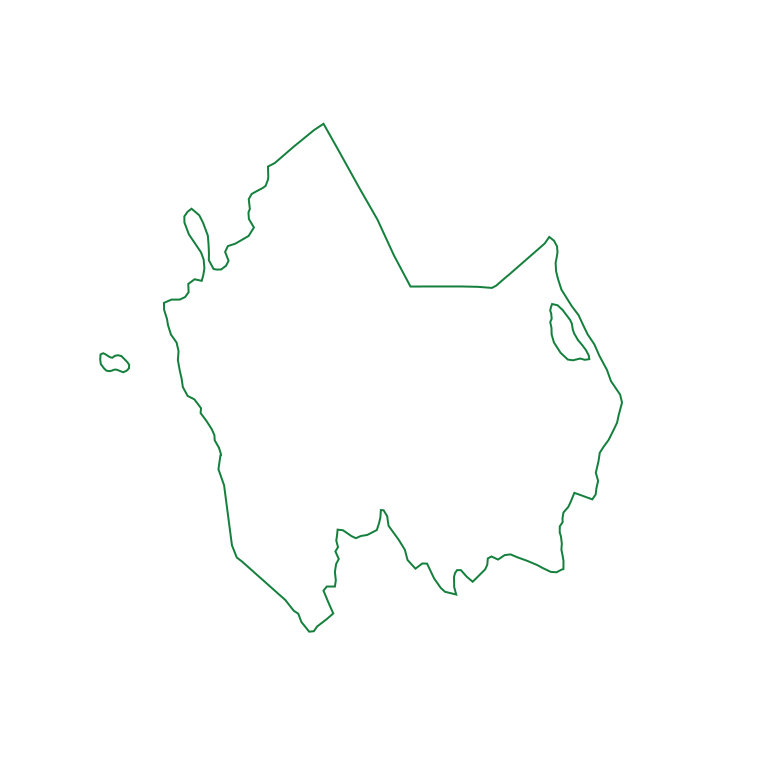 Krokom, Jämtland, Sweden, rotated 53°
{"feature_id": "70781695B96181238671333", "entity_name": "Krokom", "entity_type": "district", "adm_level": 2, "iso_a3": "SWE", "parent_name": "Sweden", "parent_adm1": "Jämtland", "projection": "robinson", "projection_center": [14.211, 63.788], "detail": "fine", "context": "isolated", "style": "outline", "palette": "green", "viewbox_px": 768, "rotation_deg": 53, "n_neighbors": 0, "source": "geoboundaries", "source_scale": "gbopen_adm2", "svg_char_len": 3299}
<svg xmlns="http://www.w3.org/2000/svg" viewBox="0 0 768 768"><g transform="rotate(53 384 384)"><path d="M366.0,163.5L368.5,171.1L371.9,218.0L372.1,222.3L372.6,230.1L373.0,235.1L372.2,240.0L363.1,250.3L352.9,263.2L336.9,284.4L322.1,304.2L287.5,298.7L248.8,290.3L213.9,285.9L169.8,279.7L139.8,275.7L139.1,287.1L140.1,313.0L141.8,338.3L140.5,345.8L149.0,351.8L150.9,353.6L154.5,359.3L154.5,362.6L153.2,370.8L152.6,375.4L155.0,380.8L163.5,385.8L165.4,389.0L170.9,392.6L180.7,393.7L184.3,403.0L182.4,418.5L179.9,425.7L182.9,431.4L192.1,434.0L194.5,439.0L194.5,445.1L192.0,448.7L189.6,450.9L179.7,449.4L174.2,445.1L166.9,440.1L159.5,435.4L146.1,431.4L138.1,430.0L128.2,432.2L128.2,437.2L130.0,442.6L134.9,446.2L147.2,449.8L161.3,450.5L168.7,450.9L176.0,453.1L183.4,457.7L188.3,462.8L191.9,467.5L186.4,472.2L186.3,480.1L193.1,484.8L194.9,490.6L193.6,496.4L188.7,502.9L186.8,510.9L192.3,514.9L201.5,518.2L207.0,521.1L216.3,524.4L226.1,524.7L234.1,528.3L237.2,531.0L240.8,534.2L250.1,538.9L258.1,542.5L265.4,546.5L275.3,548.0L282.1,544.7L293.2,544.7L296.9,548.0L306.1,548.0L316.0,548.7L322.7,550.2L327.1,553.1L335.7,554.2L341.8,556.4L342.8,557.1L342.6,557.6L352.4,567.5L368.7,572.7L421.3,602.5L433.9,606.0L440.5,604.2L497.7,592.7L497.9,592.8L507.4,592.6L510.9,592.5L515.8,590.7L524.4,593.2L536.8,592.8L539.2,588.8L537.4,583.3L537.3,571.3L536.7,562.6L525.5,560.0L512.6,556.7L511.3,551.6L516.2,545.1L511.9,540.7L504.5,536.3L498.9,530.5L496.5,525.4L488.5,523.6L486.6,518.9L480.4,516.4L476.7,512.7L472.4,508.7L476.1,504.8L485.9,501.5L490.2,499.3L491.5,493.9L494.5,488.1L496.3,477.6L492.0,471.5L488.3,467.1L482.8,462.4L484.6,460.3L491.4,461.0L500.0,465.7L517.2,466.0L528.9,467.1L538.7,471.1L550.4,470.0L550.4,461.4L553.4,457.7L562.1,459.5L569.4,461.0L581.1,461.4L586.7,460.3L595.6,453.0L594.5,452.6L588.5,450.2L580.2,444.2L577.8,441.1L576.6,437.7L578.9,434.6L587.7,433.9L595.3,432.2L594.1,423.3L592.9,414.7L590.5,410.3L585.8,406.1L586.4,402.0L592.8,398.6L593.3,390.6L596.2,385.5L602.6,381.8L611.5,376.0L620.8,370.6L626.3,368.1L634.4,363.9L638.2,359.5L639.1,354.0L639.8,352.1L633.3,347.1L627.5,344.1L623.0,342.0L618.6,338.1L612.2,334.4L608.3,333.0L603.5,329.3L601.8,324.4L598.7,322.3L594.6,318.0L593.1,310.8L590.4,305.7L585.5,297.5L591.4,293.6L601.5,287.1L599.6,281.4L595.1,277.1L590.2,271.3L582.3,268.2L574.8,259.2L568.8,253.1L566.2,246.2L563.9,238.4L560.1,230.7L555.2,221.2L550.0,215.2L542.1,205.1L534.6,201.8L518.2,201.0L507.1,197.5L491.0,195.0L479.1,192.2L478.3,192.1L466.8,191.5L456.4,189.4L446.3,187.2L434.8,187.2L415.4,185.5L405.0,181.9L397.5,178.7L390.5,174.0L386.0,169.0L383.0,166.0L378.2,163.0L371.9,162.0L366.0,163.5ZM465.5,202.7L471.3,202.3L478.4,202.3L484.4,203.3L487.7,205.1L485.5,209.1L481.8,211.9L479.9,216.2L478.8,218.8L475.1,222.5L465.4,224.2L453.1,223.3L445.3,220.3L440.0,216.5L434.6,214.0L432.8,210.8L428.2,208.0L425.4,207.1L423.0,204.3L421.3,201.6L425.6,198.0L432.5,196.8L444.7,196.8L448.7,197.6L454.2,200.5L458.0,201.7L465.4,202.6L465.5,202.7ZM193.9,596.1L196.4,597.4L197.6,598.2L203.0,598.2L206.2,597.7L208.5,595.6L209.6,593.2L210.1,591.0L211.3,589.2L213.6,587.7L217.7,585.2L218.5,581.7L218.0,578.3L215.4,576.0L212.1,575.8L203.6,576.9L200.8,579.3L199.5,582.2L199.5,585.2L197.7,586.7L192.6,588.6L190.4,589.8L189.8,592.6L193.9,596.1Z" fill="none" stroke="#15803d" stroke-width="2"/></g></svg>